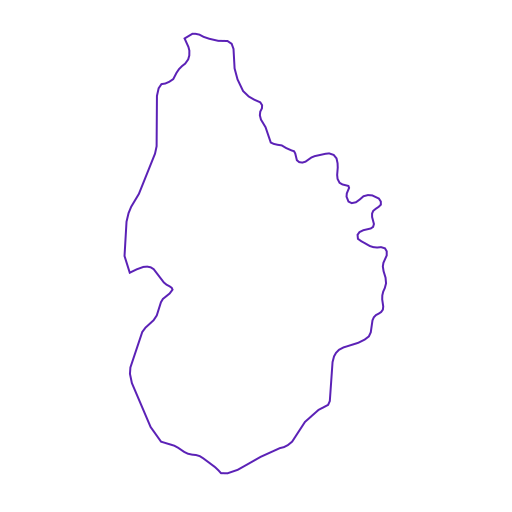 the border of Salaj, rotated 273°
{"feature_id": "ROU-300", "entity_name": "Salaj", "entity_type": "County", "adm_level": 1, "iso_a3": "ROU", "parent_name": "Romania", "parent_adm1": "", "projection": "mercator", "projection_center": [23.232, 47.144], "detail": "fine", "context": "isolated", "style": "outline", "palette": "violet", "viewbox_px": 512, "rotation_deg": 273, "n_neighbors": 0, "source": "natural_earth", "source_scale": "10m", "svg_char_len": 2209}
<svg xmlns="http://www.w3.org/2000/svg" viewBox="0 0 512 512"><g transform="rotate(273 256 256)"><path d="M469.5,173.3L474.6,180.9L474.7,184.1L474.1,187.9L472.1,192.2L470.5,197.9L468.9,207.0L469.2,216.3L466.6,220.6L461.6,222.7L442.2,224.8L431.4,228.3L420.0,234.5L414.9,240.4L412.0,246.1L409.7,252.2L406.9,254.2L403.8,254.2L400.4,252.7L396.7,252.5L392.5,253.8L385.1,258.8L370.1,264.8L368.9,267.8L368.2,271.7L367.8,275.9L365.4,280.4L363.3,285.9L362.6,288.5L360.5,289.8L353.8,291.8L352.0,294.2L351.7,297.4L352.8,300.5L357.3,306.2L358.8,309.4L361.7,320.0L362.3,323.7L361.0,328.3L357.7,331.3L352.9,332.6L348.6,333.0L341.2,332.8L337.3,333.4L333.5,335.6L332.0,338.5L330.8,344.6L328.9,345.4L323.3,343.4L320.0,343.3L315.2,345.5L313.8,348.8L314.9,353.0L317.9,356.7L321.3,360.2L322.7,364.6L322.6,368.9L319.8,375.7L316.9,377.8L313.8,378.0L311.5,375.9L309.4,373.1L307.2,370.7L304.5,369.7L301.0,369.9L294.1,372.1L291.2,371.4L289.5,369.2L287.4,361.9L285.3,358.1L282.5,356.3L278.5,356.9L276.3,360.3L271.9,369.2L271.0,372.6L270.8,376.5L271.4,380.4L270.4,384.4L267.5,386.3L263.4,386.5L255.9,383.6L252.2,383.2L247.5,384.2L241.1,386.5L235.5,387.3L230.7,386.3L227.1,384.9L223.3,384.2L219.3,384.3L212.2,385.7L209.1,385.5L206.6,383.9L204.9,381.6L203.3,378.9L201.0,376.9L197.9,375.7L185.8,374.6L181.6,372.9L178.2,368.9L174.7,362.7L169.3,348.2L166.7,343.8L163.5,341.0L159.9,339.2L154.1,338.0L115.0,337.3L111.1,335.8L105.6,326.5L92.9,313.6L72.5,301.8L68.8,297.7L66.6,293.9L65.4,289.9L55.7,271.2L41.5,248.9L37.5,238.9L37.3,232.4L40.0,229.7L42.9,226.3L51.2,213.9L53.2,210.3L54.1,206.6L54.3,202.5L55.0,198.3L56.6,194.5L60.4,188.3L62.3,184.3L65.6,170.9L79.7,159.7L122.6,138.7L131.7,136.3L138.1,136.4L174.2,146.4L178.7,149.4L186.5,157.1L191.4,160.0L204.9,163.5L208.3,165.3L214.0,171.7L218.0,174.4L219.8,173.5L221.2,171.3L222.7,168.1L224.8,165.3L237.5,154.5L239.2,151.4L239.7,147.9L239.2,144.1L236.5,137.7L232.7,130.8L249.1,124.7L283.5,124.9L292.2,126.5L298.7,128.8L311.9,135.8L352.9,149.8L360.4,151.0L410.7,148.7L418.4,150.0L422.7,152.6L423.5,156.4L425.4,160.2L428.3,164.1L434.9,167.1L438.7,169.4L441.8,172.2L444.4,175.2L448.8,178.0L452.8,178.9L457.6,178.7L461.2,177.6L469.5,173.3Z" fill="none" stroke="#5b21b6" stroke-width="2"/></g></svg>